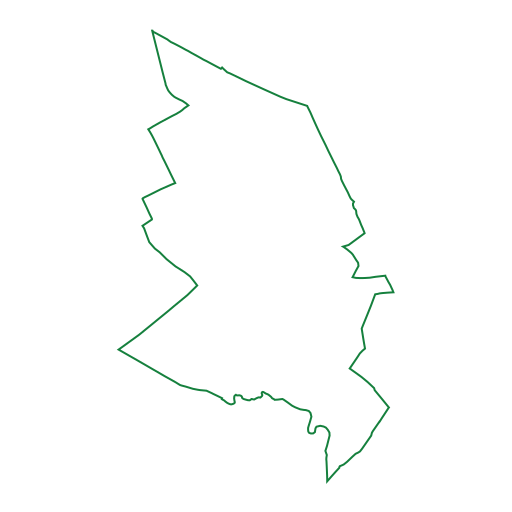 outline of Dornesti, Suceava, Romania
{"feature_id": "2599482B65590123395964", "entity_name": "Dornesti", "entity_type": "district", "adm_level": 2, "iso_a3": "ROU", "parent_name": "Romania", "parent_adm1": "Suceava", "projection": "mercator", "projection_center": [26.008, 47.885], "detail": "fine", "context": "isolated", "style": "outline", "palette": "green", "viewbox_px": 512, "rotation_deg": 0, "n_neighbors": 0, "source": "geoboundaries", "source_scale": "gbopen_adm2", "svg_char_len": 4470}
<svg xmlns="http://www.w3.org/2000/svg" viewBox="0 0 512 512"><path d="M388.9,407.5L381.9,398.9L374.7,390.2L374.1,388.1L371.0,385.2L367.8,382.2L361.4,376.9L349.7,368.5L351.7,365.6L358.0,356.3L359.8,353.5L362.6,350.6L365.0,348.6L364.0,342.9L363.1,337.5L361.7,328.6L362.8,325.8L363.9,323.1L367.2,315.0L370.9,305.8L375.2,294.3L376.5,294.1L377.8,293.9L379.6,293.4L382.1,293.1L387.0,292.7L393.4,292.3L392.6,290.2L391.4,287.6L390.1,284.8L388.6,282.3L386.8,278.9L385.4,276.3L385.3,275.7L375.6,276.8L369.8,277.7L364.9,278.0L360.9,278.1L355.9,277.9L352.6,277.2L355.7,271.1L358.5,266.0L358.1,262.8L357.6,262.0L356.3,260.2L355.0,258.1L353.3,255.4L352.9,254.7L351.4,253.0L349.4,251.3L347.1,249.4L343.9,247.1L343.1,246.6L348.6,245.0L364.6,233.2L364.3,232.3L363.4,230.1L362.7,228.3L361.2,225.0L360.2,222.4L359.4,220.3L358.7,218.8L358.0,217.6L357.6,217.0L357.2,216.0L356.5,214.2L356.3,213.0L356.2,211.5L356.0,210.5L355.6,209.8L354.9,209.0L354.0,208.2L353.8,207.9L353.5,206.7L353.0,205.2L353.0,204.2L353.0,203.5L354.0,201.7L353.1,200.9L351.8,199.7L350.8,198.6L350.2,197.5L349.5,196.1L347.8,192.3L344.2,185.5L341.9,180.9L341.1,178.9L341.0,178.1L340.9,177.1L340.8,176.5L340.0,174.4L338.4,171.3L336.9,168.1L333.7,161.8L330.4,155.1L328.6,151.5L325.5,144.9L321.0,135.9L317.7,128.9L315.1,123.2L312.5,117.4L311.4,114.8L310.3,112.3L308.9,109.5L307.7,107.1L307.2,105.9L291.2,100.7L286.3,99.1L280.3,96.7L263.4,89.1L246.1,81.2L230.0,73.4L227.2,72.3L223.6,69.0L222.1,67.5L220.9,68.8L220.7,68.7L217.3,66.9L211.5,63.8L206.3,61.0L204.6,60.2L203.4,59.6L201.2,58.3L197.1,56.0L191.6,53.0L188.2,51.0L187.8,50.8L185.6,49.7L183.8,48.7L182.4,47.9L179.6,46.4L174.6,43.8L171.7,42.4L171.0,42.1L168.2,40.1L167.5,39.5L162.0,36.5L155.0,32.7L153.3,31.9L153.2,31.7L152.9,31.4L152.5,30.7L152.3,30.7L152.2,30.7L162.6,72.2L165.5,83.4L165.7,84.8L166.5,86.6L167.2,88.3L168.2,90.4L169.3,91.9L170.5,93.3L171.8,94.7L174.0,96.6L175.4,97.5L179.3,99.5L182.6,101.0L185.2,102.8L186.2,103.5L187.7,104.8L188.4,105.4L184.2,108.3L182.2,110.1L180.0,111.7L177.6,113.1L176.5,113.8L172.3,115.9L160.7,122.1L153.1,126.4L149.8,128.5L148.3,129.3L150.3,132.5L152.0,135.5L153.3,138.0L156.0,143.5L159.1,149.9L160.9,153.7L161.7,155.3L162.6,157.5L164.5,161.2L168.9,170.2L170.9,174.4L175.2,183.1L171.6,184.5L160.9,189.2L154.5,192.4L147.9,195.7L145.1,197.0L143.3,198.0L142.8,198.3L142.5,198.8L146.6,207.4L149.4,213.6L151.3,217.4L151.9,218.7L151.9,219.5L142.5,225.8L144.1,228.3L147.2,236.7L149.3,242.2L154.9,248.6L159.7,252.3L166.5,259.1L175.5,266.4L184.5,272.1L190.1,276.4L193.3,280.4L197.2,285.5L191.1,291.5L187.4,295.1L174.4,305.8L167.4,311.7L158.3,319.1L150.5,325.5L145.7,329.4L139.2,334.7L118.6,349.6L143.2,363.7L164.4,376.0L175.3,382.1L180.0,385.0L181.5,385.5L185.7,386.6L192.9,388.8L197.5,389.7L200.0,390.1L206.5,390.7L212.1,393.3L213.0,393.8L217.6,396.0L222.1,398.2L221.8,399.1L222.4,399.5L224.1,400.4L224.5,400.7L225.2,401.4L225.9,401.9L226.8,402.6L227.6,403.1L229.5,404.0L230.6,404.3L231.7,404.3L233.6,403.7L234.6,402.9L234.8,402.2L234.4,400.5L234.2,398.9L234.1,398.1L234.3,397.1L234.3,396.4L234.7,395.7L235.9,394.8L236.4,395.2L236.9,395.4L237.7,395.4L239.6,395.3L241.0,395.8L241.8,396.5L242.0,397.4L242.3,398.1L243.6,399.0L246.0,399.7L247.9,400.2L249.7,400.3L250.7,399.7L251.2,399.2L251.5,399.0L251.9,399.0L252.9,399.3L254.2,399.5L256.5,398.2L257.7,397.7L258.4,397.4L258.9,397.4L259.4,397.4L260.2,397.6L260.7,397.3L261.4,396.6L262.0,396.0L262.3,395.2L262.1,394.4L261.7,393.4L261.8,392.7L262.2,392.1L262.8,391.9L263.5,392.1L265.9,393.6L266.8,393.9L268.5,394.7L269.2,395.3L270.7,396.5L271.3,397.1L272.0,398.1L272.3,398.3L272.7,398.6L273.6,398.9L274.4,399.6L274.6,399.8L277.9,399.6L282.4,399.0L283.6,399.6L287.9,402.6L292.1,405.7L295.2,407.3L300.2,409.3L303.8,409.9L305.9,410.1L308.8,411.0L310.5,413.0L311.4,416.7L309.9,422.0L308.7,425.8L308.1,427.9L308.1,430.0L308.3,431.6L309.2,432.9L311.0,433.5L313.2,433.4L314.9,432.1L315.5,428.3L316.5,426.7L320.2,425.8L323.6,426.5L325.9,427.6L327.7,429.7L329.4,432.5L329.6,435.6L328.3,440.7L327.0,445.9L325.4,450.9L326.8,455.0L326.4,457.6L326.3,459.3L326.5,461.6L326.7,465.8L326.8,468.1L326.9,470.3L327.1,475.2L327.2,478.9L327.2,481.3L331.4,476.5L335.6,471.8L339.3,467.8L339.4,467.0L339.8,466.2L341.0,465.7L342.4,465.1L343.7,464.5L346.6,462.2L347.3,461.6L352.2,456.9L355.6,453.8L358.3,452.5L360.0,451.4L362.1,448.7L367.8,440.5L371.2,435.6L371.9,432.8L372.8,431.2L375.1,427.9L379.4,421.7L379.5,421.8L379.8,421.4L381.6,418.5L388.7,407.7L388.9,407.5Z" fill="none" stroke="#15803d" stroke-width="2"/></svg>